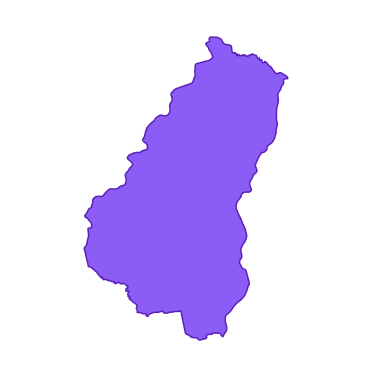 Doa, Tete, Mozambique (Albers equal-area conic projection), rotated 258°
{"feature_id": "85939544B50674606181773", "entity_name": "Doa", "entity_type": "district", "adm_level": 2, "iso_a3": "MOZ", "parent_name": "Mozambique", "parent_adm1": "Tete", "projection": "albers", "projection_center": [34.572, -16.606], "detail": "fine", "context": "isolated", "style": "filled", "palette": "violet", "viewbox_px": 384, "rotation_deg": 258, "n_neighbors": 0, "source": "geoboundaries", "source_scale": "gbopen_adm2", "svg_char_len": 5995}
<svg xmlns="http://www.w3.org/2000/svg" viewBox="0 0 384 384"><g transform="rotate(258 192 192)"><path d="M283.1,309.2L284.6,309.2L286.4,307.8L289.9,304.0L290.2,303.5L290.5,302.2L290.0,299.8L290.1,298.9L292.8,297.6L295.1,296.2L297.4,295.7L297.9,295.3L298.6,294.4L299.8,293.3L301.3,292.8L302.5,291.9L304.0,291.1L304.4,290.5L304.3,290.1L303.4,289.6L303.3,289.3L303.6,288.6L304.3,288.1L304.4,287.8L304.6,287.7L306.3,287.8L307.0,287.3L307.1,287.1L307.1,286.6L306.6,286.0L306.9,285.5L307.5,285.4L309.0,285.7L308.6,284.9L309.3,283.8L310.0,283.7L310.9,283.8L312.3,283.2L312.7,282.6L312.7,282.0L312.9,281.3L313.6,280.6L314.3,280.2L314.5,279.7L314.5,279.4L313.9,278.8L314.1,276.5L313.3,275.6L313.6,274.7L313.1,273.2L314.4,273.0L314.5,272.0L315.0,272.0L315.5,271.5L315.4,270.9L314.8,270.2L314.9,269.9L315.5,269.7L315.2,268.3L315.3,267.4L316.3,266.8L316.6,266.4L316.5,266.1L315.8,265.4L316.1,264.4L316.5,264.3L317.1,265.1L317.3,265.1L318.3,263.5L318.5,263.3L319.4,263.2L319.5,262.7L319.5,261.3L320.1,260.6L322.6,260.4L324.3,260.7L326.0,260.8L326.9,260.6L327.5,260.1L328.2,258.4L328.9,257.0L329.4,255.3L330.0,254.4L331.8,253.4L335.0,252.5L335.7,252.0L336.5,251.1L338.4,248.2L339.3,243.7L339.8,242.6L339.0,241.2L338.1,240.5L336.7,240.6L335.7,240.3L334.9,237.4L334.5,236.5L333.7,236.3L332.5,236.6L330.3,238.0L327.5,238.3L325.2,239.4L323.1,240.0L320.0,240.3L319.0,239.8L318.2,238.8L317.8,237.9L317.0,235.1L317.0,230.8L316.7,227.5L316.7,224.6L316.6,223.3L316.3,222.3L315.9,221.9L314.7,221.3L311.7,220.7L310.2,220.1L308.5,219.7L307.1,219.7L305.0,219.3L304.1,218.4L299.8,215.9L299.1,215.3L298.5,214.5L298.4,214.0L296.4,198.5L296.0,196.7L295.4,195.6L293.1,192.4L291.9,191.7L290.6,191.7L288.0,192.1L285.9,191.6L285.1,191.2L283.2,189.2L282.1,188.5L280.7,188.0L278.1,187.9L276.0,187.4L274.2,186.4L273.0,185.2L272.0,183.6L272.0,181.9L272.3,180.5L273.6,177.8L273.7,177.3L273.5,175.7L272.0,172.2L269.5,169.5L267.8,166.1L265.1,162.4L264.0,161.2L261.5,159.6L256.9,157.4L255.6,156.6L254.3,155.3L253.1,154.7L252.4,154.7L251.6,155.0L250.2,156.0L249.3,157.0L247.6,158.0L244.7,157.7L243.4,157.2L242.9,156.3L242.8,152.5L241.7,149.9L241.7,148.6L242.3,145.4L242.1,142.1L241.2,138.4L240.9,137.6L239.9,136.6L238.7,135.8L238.2,135.9L237.0,136.5L235.6,137.7L233.6,139.1L231.9,139.6L231.0,139.5L230.2,139.0L228.2,135.9L226.1,134.2L225.1,132.6L223.3,130.7L221.8,130.1L219.1,130.3L217.3,130.2L215.6,129.6L213.6,128.0L212.7,126.7L212.6,123.2L211.9,121.6L211.0,120.6L210.8,119.4L210.9,117.1L211.9,113.5L212.0,112.3L211.9,111.6L210.1,108.3L207.1,104.5L206.3,103.2L206.5,102.0L207.3,99.8L207.3,99.0L207.4,97.0L206.9,95.6L205.9,94.1L205.1,93.4L203.3,92.8L201.4,92.3L200.4,91.7L199.6,90.8L198.6,90.8L197.8,90.4L197.2,88.4L196.7,87.4L196.1,86.8L194.4,85.7L191.1,82.2L189.4,82.4L188.3,84.3L186.4,84.9L183.4,86.7L182.0,87.0L179.9,86.9L178.8,86.5L178.2,85.7L178.0,85.2L178.1,83.3L178.0,82.9L177.6,82.6L171.9,82.0L169.8,81.4L166.5,79.7L162.6,78.1L161.1,76.8L159.5,74.8L154.6,75.0L140.6,75.2L140.3,75.9L140.1,76.1L139.8,77.1L138.0,78.8L137.0,79.1L136.7,80.0L134.7,80.9L133.7,82.0L132.4,82.4L131.6,83.0L130.6,83.2L130.0,83.8L128.0,84.6L127.7,85.1L127.9,86.0L127.4,86.0L126.8,85.6L126.4,86.0L126.2,87.1L125.9,87.2L125.4,86.9L124.7,87.1L124.6,87.3L124.8,88.7L124.0,89.8L123.9,90.7L123.5,91.2L122.7,91.5L122.6,91.9L122.7,92.8L121.8,93.9L121.4,94.7L120.8,95.2L120.8,96.3L120.5,97.0L120.0,97.5L119.2,97.0L118.9,97.1L118.5,97.7L118.2,99.1L118.9,100.4L119.0,101.7L117.5,102.7L117.3,103.2L116.7,103.8L116.7,105.9L116.0,107.2L115.6,107.6L114.5,108.1L113.4,109.6L113.0,109.6L112.5,108.9L112.0,108.9L111.8,109.4L111.6,109.5L111.4,109.4L111.2,107.5L110.1,107.1L109.4,107.2L109.1,107.0L108.5,106.8L108.4,107.9L108.9,108.5L108.3,109.6L107.3,109.3L106.6,108.8L106.0,108.0L105.6,107.9L104.8,108.2L103.3,107.8L103.1,108.1L102.9,108.9L102.0,109.4L101.6,109.4L101.6,108.8L100.8,108.3L99.4,109.3L99.3,109.7L98.3,110.4L96.4,111.5L95.1,113.0L93.1,114.5L91.7,114.5L90.6,113.7L89.7,113.4L87.5,113.9L85.8,113.4L85.4,113.7L85.2,115.0L84.6,116.8L82.9,119.0L82.8,119.7L83.0,120.7L82.9,121.2L82.5,121.4L81.4,121.3L81.1,121.4L79.9,122.1L79.5,122.8L79.6,123.1L80.3,122.9L80.7,123.3L81.0,124.6L81.8,126.8L81.9,128.5L82.3,130.0L81.6,132.2L81.4,134.3L81.6,138.2L81.1,138.7L80.2,139.0L79.7,139.3L79.1,140.3L78.8,141.6L78.7,143.0L79.1,145.0L78.7,146.6L78.6,151.1L78.0,153.3L78.1,154.5L77.8,155.5L77.8,156.4L56.4,156.2L54.8,156.4L54.2,156.9L53.3,158.2L51.7,160.1L50.2,160.9L49.6,162.1L48.2,166.6L46.6,167.5L46.0,168.1L45.6,168.9L45.5,169.8L45.8,171.7L45.7,174.9L46.2,175.9L46.4,176.1L47.6,176.1L48.6,176.4L49.0,176.8L49.2,177.5L49.2,179.0L48.7,181.2L48.8,182.0L49.4,183.4L49.5,183.9L48.1,189.8L47.5,190.4L45.3,191.0L44.7,191.3L44.2,192.4L45.0,192.7L49.2,196.8L50.8,197.5L52.9,197.9L57.5,197.7L59.3,197.8L61.1,198.1L63.7,199.1L64.6,200.1L66.8,204.1L69.1,206.8L71.6,209.2L73.3,211.7L75.2,214.9L76.0,216.9L78.0,219.9L79.8,221.9L82.6,224.1L85.8,226.1L87.7,226.9L89.1,228.3L90.0,228.9L92.0,229.1L103.7,228.5L105.0,228.0L106.5,225.6L107.8,225.1L112.4,223.8L113.6,223.9L114.9,224.4L115.9,225.2L116.9,226.4L117.9,227.1L119.7,227.5L124.7,227.6L126.3,228.0L130.6,231.3L132.3,233.3L134.9,235.2L138.0,236.5L144.4,236.4L150.4,235.0L155.7,234.2L158.6,233.3L166.3,231.8L168.5,232.0L170.9,232.8L173.6,234.7L177.0,238.8L179.3,239.9L179.9,240.5L180.6,242.1L180.9,244.0L180.1,247.3L180.1,248.1L180.4,249.2L181.2,250.2L181.9,250.5L182.8,250.5L186.5,250.0L187.5,250.0L189.5,250.5L192.5,253.1L196.0,255.9L196.8,257.0L197.6,258.7L198.5,259.5L199.5,259.9L200.7,260.0L203.3,259.5L205.1,259.5L207.4,260.9L213.7,265.7L215.6,267.9L216.0,269.0L216.0,270.8L216.7,272.4L217.5,273.5L218.4,274.2L221.0,275.1L221.8,276.3L222.5,278.2L223.9,280.7L226.9,283.6L232.0,286.3L233.3,286.8L235.3,287.2L236.4,287.6L239.6,289.3L241.8,289.7L244.8,289.6L252.0,291.1L256.0,292.1L261.7,295.0L265.1,295.8L268.5,295.9L270.0,296.4L271.9,297.8L273.8,299.9L276.7,301.4L278.5,303.6L279.0,304.0L280.0,304.4L282.4,304.7L283.0,305.2L283.3,305.7L283.4,306.8L283.1,308.0L283.1,309.2Z" fill="#8b5cf6" stroke="#5b21b6" stroke-width="1.5"/></g></svg>